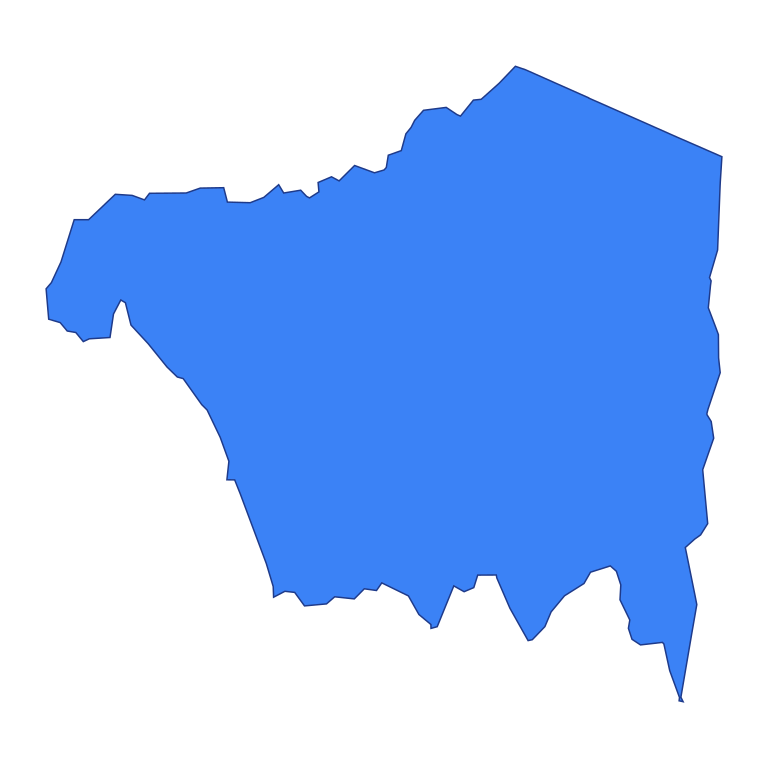 Toa Alta, Puerto Rico
{"feature_id": "32010507B81379947560815", "entity_name": "Toa Alta", "entity_type": "district", "adm_level": 2, "iso_a3": "PRI", "parent_name": "Puerto Rico", "parent_adm1": "", "projection": "equal_earth", "projection_center": [-66.251, 18.359], "detail": "fine", "context": "isolated", "style": "filled", "palette": "blue", "viewbox_px": 768, "rotation_deg": 0, "n_neighbors": 0, "source": "geoboundaries", "source_scale": "gbopen_adm2", "svg_char_len": 1795}
<svg xmlns="http://www.w3.org/2000/svg" viewBox="0 0 768 768"><path d="M132.2,195.4L115.3,194.3L88.6,219.7L74.2,219.7L61.0,261.9L51.4,282.6L46.1,288.8L48.7,319.2L60.2,322.6L67.2,331.0L75.8,332.5L83.3,341.6L89.3,338.8L110.0,337.5L113.5,314.0L120.8,300.0L125.4,302.7L131.0,325.1L148.0,343.5L167.1,367.1L177.3,377.0L183.2,378.6L201.7,404.6L207.1,410.0L220.2,437.3L228.9,461.3L226.9,479.8L234.7,479.9L240.4,494.2L266.3,563.5L273.2,586.5L273.6,597.2L284.9,591.3L294.7,592.4L304.5,605.9L326.5,603.9L334.7,596.8L354.3,598.9L364.3,588.8L376.5,590.5L381.8,582.9L408.4,595.9L418.9,614.5L430.9,624.5L431.0,628.4L437.2,626.7L453.8,585.9L464.1,591.7L473.8,587.6L477.7,575.1L496.3,575.0L496.8,577.9L509.9,608.2L528.1,640.6L532.3,639.7L544.9,626.6L551.1,611.9L564.5,595.8L584.0,583.5L590.5,572.2L610.3,565.9L616.4,571.3L620.8,584.9L620.0,599.8L629.8,620.0L628.4,628.3L632.0,639.3L640.5,644.9L662.4,642.4L663.9,644.0L669.7,670.6L679.5,697.5L679.1,700.8L683.1,701.7L680.9,697.2L691.7,633.9L696.8,604.6L695.0,595.4L685.3,547.5L694.7,539.1L700.6,534.9L707.7,523.6L702.7,469.7L713.7,438.2L711.2,421.5L707.0,414.7L706.9,413.5L708.0,409.2L720.2,372.7L718.6,357.9L718.4,334.6L715.6,327.0L708.3,307.8L710.5,285.4L711.1,280.9L709.5,277.6L717.6,250.0L720.1,185.7L720.3,181.9L721.9,156.7L678.1,137.6L633.7,117.9L588.8,98.1L588.8,97.9L525.6,69.8L515.4,66.3L499.1,83.3L481.2,99.3L473.4,100.1L460.5,116.1L457.0,114.6L446.2,107.4L423.5,110.3L414.7,120.3L411.1,127.4L405.9,133.8L401.3,150.6L388.3,155.2L386.3,167.5L384.0,170.0L374.5,172.8L354.6,165.5L339.1,180.9L331.5,176.8L318.1,182.5L318.9,191.9L309.5,197.9L306.6,196.4L300.7,190.2L283.7,193.0L278.7,184.7L263.8,197.4L250.2,202.7L227.4,202.1L223.7,187.7L200.2,188.1L186.2,193.0L149.5,193.3L144.5,199.9L132.2,195.4Z" fill="#3b82f6" stroke="#1e3a8a" stroke-width="1.5"/></svg>